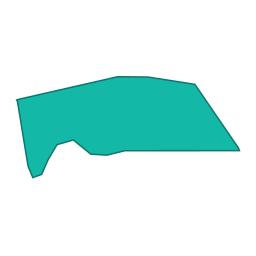 outline of Djibouti, rotated 181°
{"feature_id": "DJI-1567", "entity_name": "Djibouti", "entity_type": "City", "adm_level": 1, "iso_a3": "DJI", "parent_name": "Djibouti", "parent_adm1": "", "projection": "equal_earth", "projection_center": [43.069, 11.565], "detail": "fine", "context": "isolated", "style": "filled", "palette": "teal", "viewbox_px": 256, "rotation_deg": 181, "n_neighbors": 0, "source": "natural_earth", "source_scale": "10m", "svg_char_len": 379}
<svg xmlns="http://www.w3.org/2000/svg" viewBox="0 0 256 256"><g transform="rotate(181 128 128)"><path d="M16.2,107.3L131.0,105.2L148.5,100.5L164.8,101.2L182.5,115.1L198.7,110.1L207.3,94.9L213.5,80.2L222.3,76.7L227.3,88.2L239.0,152.7L239.8,154.1L236.6,155.1L139.2,179.1L109.0,179.3L61.9,172.8L17.2,109.9L16.2,107.3Z" fill="#14b8a6" stroke="#0f766e" stroke-width="1.5"/></g></svg>